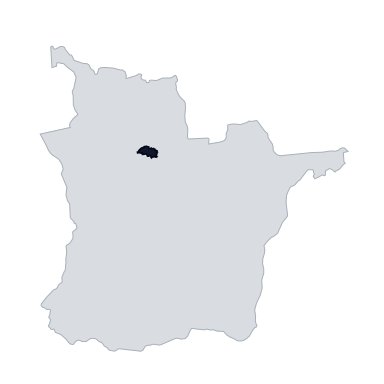 location of Ngandajika, Kasaï-Oriental, Democratic Republic of the Congo, rotated 176°
{"feature_id": "63176286B5322857834849", "entity_name": "Ngandajika", "entity_type": "district", "adm_level": 2, "iso_a3": "COD", "parent_name": "Democratic Republic of the Congo", "parent_adm1": "Kasaï-Oriental", "projection": "albers", "projection_center": [24.204, -6.701], "detail": "fine", "context": "in_parent", "style": "filled", "palette": "ink", "viewbox_px": 384, "rotation_deg": 176, "n_neighbors": 0, "source": "geoboundaries", "source_scale": "gbopen_adm2", "svg_char_len": 6644}
<svg xmlns="http://www.w3.org/2000/svg" viewBox="0 0 384 384"><g transform="rotate(176 192 192)"><path d="M339.4,260.4L308.9,264.9L309.5,266.6L309.2,268.4L308.4,269.9L305.3,273.6L300.6,277.1L300.6,277.9L302.9,281.8L304.3,287.2L303.8,296.6L304.4,299.1L304.3,301.1L302.8,303.3L299.6,314.5L301.6,320.0L307.6,325.1L311.0,328.9L316.9,330.4L317.9,330.2L318.3,327.0L323.0,325.9L322.8,345.9L322.4,347.1L321.5,347.3L320.4,346.6L320.1,344.7L318.8,343.9L313.1,346.3L311.6,346.2L310.0,345.8L308.9,344.8L308.5,343.2L304.6,337.4L302.6,336.9L300.4,331.6L291.3,327.7L287.9,327.4L286.1,326.2L284.3,322.0L281.3,319.4L280.6,316.4L280.0,316.0L278.2,316.6L276.6,321.2L274.5,322.3L270.8,322.4L261.5,321.0L254.8,318.6L253.1,318.7L250.4,316.6L249.4,312.9L250.0,310.2L249.5,309.8L239.3,312.1L236.9,313.5L234.6,313.1L233.9,312.4L234.9,310.4L234.4,308.4L233.6,307.4L230.6,306.7L229.7,304.4L227.8,304.1L227.2,304.4L226.8,305.9L225.7,306.5L219.6,305.7L213.3,307.7L204.9,307.2L200.8,309.6L200.3,309.5L199.4,308.3L198.6,304.5L199.0,303.5L200.3,302.7L200.7,301.2L200.2,297.2L200.6,296.3L200.1,294.0L198.8,290.4L197.1,287.4L193.2,283.0L192.5,280.9L192.7,275.9L193.9,268.0L193.8,262.2L192.2,258.4L191.8,254.3L192.8,246.9L191.8,245.1L172.5,244.7L171.6,244.1L171.3,243.1L172.1,238.7L160.3,239.9L156.8,240.8L154.6,242.6L153.9,244.8L153.9,248.0L152.1,251.1L151.7,256.3L148.4,256.9L145.2,256.9L138.9,255.9L132.8,257.4L129.8,258.9L128.2,258.2L122.7,258.8L122.0,258.4L115.6,248.3L112.7,245.0L112.2,243.3L112.4,241.7L111.6,239.6L108.6,234.4L108.0,232.0L108.1,228.2L107.7,226.9L105.0,223.6L103.3,222.6L101.3,222.0L69.7,223.0L59.2,222.6L51.5,223.2L47.7,223.0L46.6,222.6L43.1,223.4L41.3,224.8L38.6,225.6L36.9,225.3L33.5,221.6L37.9,220.8L38.3,220.5L38.3,211.4L37.1,210.1L39.5,208.5L43.3,204.4L47.0,202.9L47.5,202.1L48.3,202.1L49.7,203.7L53.0,205.9L57.0,203.8L57.4,203.3L57.9,199.4L58.9,199.0L60.6,199.8L61.6,199.8L63.3,198.7L68.5,196.6L70.0,199.1L68.7,201.3L69.3,202.9L69.5,205.4L70.4,205.9L74.4,206.1L75.6,205.5L83.5,196.4L85.6,195.4L89.0,191.8L93.5,190.1L95.4,187.2L97.9,182.2L98.9,175.0L98.3,162.5L98.7,160.9L104.0,155.2L109.5,144.9L113.3,142.2L116.1,141.1L120.5,137.3L123.9,133.5L123.4,129.0L124.2,125.3L126.0,120.6L126.6,115.6L125.8,110.3L126.1,106.0L128.6,99.1L128.7,91.2L131.0,84.6L135.6,76.2L137.7,70.0L137.2,63.8L137.8,59.3L137.5,56.7L136.6,54.4L137.1,52.9L138.8,52.3L141.0,50.0L145.0,44.0L149.3,41.0L152.2,40.0L155.4,40.1L157.4,40.6L160.7,42.9L164.5,44.8L167.4,47.1L170.2,50.7L176.9,51.5L179.8,52.8L181.5,53.3L182.2,52.9L183.6,53.1L186.7,54.2L189.3,53.6L201.7,55.9L203.1,54.7L206.5,48.4L209.1,46.3L213.4,46.0L216.7,47.2L218.4,47.2L233.7,41.8L235.7,41.6L241.2,42.9L244.8,42.0L246.3,42.3L249.4,41.4L252.0,37.6L254.1,36.7L276.0,40.8L279.3,38.9L280.9,38.7L285.8,40.1L287.3,42.5L290.2,44.5L292.2,47.8L295.5,49.6L297.1,51.4L299.0,52.6L303.0,53.1L308.1,50.2L311.7,50.5L315.2,52.1L316.5,52.1L319.2,50.4L320.6,48.5L322.0,48.2L324.1,49.0L325.8,50.7L327.3,53.3L332.8,59.0L338.0,61.4L339.3,64.9L341.2,64.6L342.2,64.9L343.5,67.1L344.4,67.6L344.6,68.5L343.3,70.5L342.0,74.5L343.6,76.9L342.2,80.4L341.4,84.1L343.1,85.0L345.3,85.0L347.3,86.9L348.9,87.2L350.5,89.3L350.1,90.9L344.8,96.8L336.9,104.0L334.3,104.9L332.9,106.2L331.9,108.3L329.7,110.1L327.9,110.8L327.7,116.1L325.0,121.5L324.0,122.6L322.5,131.5L322.7,133.1L321.2,140.4L321.4,147.2L317.6,149.3L315.0,152.6L313.8,154.9L313.8,160.5L309.5,163.8L309.2,164.6L310.2,168.5L311.8,169.1L311.8,170.5L315.2,174.7L314.9,187.7L315.0,188.9L316.8,192.0L317.9,197.9L316.5,205.4L321.1,219.1L318.9,224.1L319.9,228.9L322.6,234.0L329.1,239.0L330.8,241.1L332.4,243.8L333.9,248.1L339.4,260.4Z" fill="#d9dde1" stroke="#a8b0b8" stroke-width="1"/><path d="M229.9,229.1L229.7,229.2L229.6,229.3L229.4,229.5L229.2,229.6L228.8,229.7L228.7,229.6L228.6,229.8L228.2,229.7L228.1,229.8L227.9,229.8L227.5,230.0L227.4,230.0L227.2,229.9L227.2,230.0L226.9,229.9L226.8,229.7L226.6,229.7L226.4,229.6L226.1,229.7L225.9,229.7L225.8,229.3L225.7,229.3L225.2,229.7L225.2,229.8L225.3,229.8L225.2,229.9L225.0,229.7L225.0,229.8L225.0,230.1L224.9,230.1L225.0,230.2L225.1,230.5L225.0,230.9L224.9,231.0L224.7,231.2L224.7,231.3L224.7,231.5L224.7,231.8L224.8,231.8L224.7,231.9L224.6,232.2L224.6,232.3L224.5,232.6L224.6,232.8L224.4,232.9L224.2,232.9L224.2,233.1L224.2,233.3L224.2,233.5L224.1,233.8L224.4,233.8L224.5,233.9L224.3,234.0L224.6,234.1L224.8,234.2L224.8,234.3L224.7,234.4L224.4,234.4L224.2,234.7L223.9,235.2L224.0,235.3L224.0,235.6L224.3,235.7L224.5,235.8L224.9,235.8L225.0,235.8L225.2,236.0L225.3,236.3L225.5,236.3L225.6,236.5L226.1,236.5L226.3,236.6L226.3,236.8L226.2,236.9L226.2,237.0L226.1,237.3L226.4,237.4L226.5,237.5L226.8,237.6L226.9,237.8L227.0,238.0L227.3,238.2L227.6,238.1L227.9,238.1L228.2,238.0L228.4,238.0L228.5,237.9L229.0,237.9L229.2,238.2L229.3,238.4L229.5,238.7L229.8,238.6L230.1,238.6L230.4,238.4L230.5,238.3L230.7,238.2L230.8,238.2L231.0,238.2L231.3,238.3L231.5,238.3L231.5,238.5L231.8,238.8L231.9,239.0L232.0,239.1L232.1,239.4L232.1,239.5L232.1,239.8L232.0,240.0L232.3,240.1L232.5,240.2L232.8,240.1L233.0,240.2L233.1,240.3L233.3,240.4L233.5,240.4L233.5,240.5L234.1,240.8L234.2,240.7L234.6,240.8L234.9,240.6L235.2,240.6L235.5,240.7L235.8,240.7L236.1,240.7L236.3,240.7L236.6,240.6L236.9,239.8L236.9,239.7L237.0,239.6L237.2,239.8L237.4,240.0L237.5,240.0L238.6,239.5L239.0,239.5L239.0,239.4L239.0,239.2L239.3,239.0L239.6,239.0L239.8,239.0L239.9,238.9L240.0,238.9L240.0,238.7L240.3,238.6L240.3,238.4L240.5,238.3L240.5,238.2L241.2,238.0L241.3,238.0L241.3,237.9L241.3,237.7L241.6,237.5L241.8,237.2L242.1,237.1L242.3,237.0L242.3,236.8L242.2,236.4L242.4,236.2L242.8,235.8L243.1,235.7L243.4,235.7L243.7,235.7L243.7,235.3L243.7,235.0L243.7,234.9L243.6,234.7L243.4,234.8L243.2,234.8L242.9,234.8L242.6,235.0L242.3,235.0L242.1,235.0L242.0,234.9L241.9,234.9L241.6,234.7L241.5,234.8L241.4,234.8L241.3,234.7L241.1,234.8L240.9,234.8L240.8,234.7L240.7,234.6L240.3,234.3L240.2,234.5L239.8,234.6L239.7,234.7L239.5,234.8L239.2,234.8L239.1,234.7L239.1,234.4L239.2,234.2L239.2,233.9L239.0,233.6L238.8,233.4L238.8,233.2L238.8,232.9L238.6,232.9L238.2,232.9L237.8,232.9L237.5,232.9L237.2,233.0L236.9,233.0L236.7,233.0L236.2,233.1L235.8,233.3L235.6,233.3L235.3,233.3L235.3,233.2L235.0,233.0L234.9,232.8L234.9,232.7L234.7,232.5L234.6,232.4L234.5,232.2L234.3,231.9L234.1,231.6L234.0,231.4L234.0,231.2L234.0,230.9L233.8,230.8L233.4,230.8L233.2,230.7L232.8,230.7L232.7,230.7L232.7,230.9L232.7,231.0L232.4,231.1L232.1,231.1L231.9,231.2L231.8,231.3L231.7,231.3L231.4,231.4L231.1,231.2L230.8,230.8L230.7,230.6L230.5,230.4L230.4,230.4L230.3,230.2L230.5,229.7L230.5,229.4L230.4,229.3L230.2,229.3L230.2,229.2L230.1,228.9L229.9,229.1Z" fill="#0f172a" stroke="#020617" stroke-width="1.5"/></g></svg>